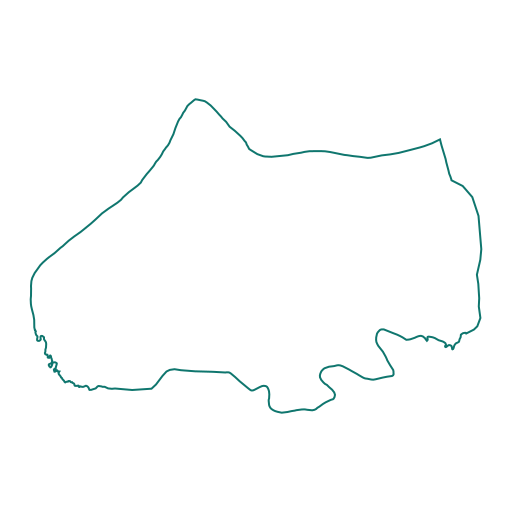 Xonbuly, Savannakhét, Laos
{"feature_id": "54806243B48815004999342", "entity_name": "Xonbuly", "entity_type": "district", "adm_level": 2, "iso_a3": "LAO", "parent_name": "Laos", "parent_adm1": "Savannakhét", "projection": "albers", "projection_center": [105.481, 16.402], "detail": "fine", "context": "isolated", "style": "outline", "palette": "teal", "viewbox_px": 512, "rotation_deg": 0, "n_neighbors": 0, "source": "geoboundaries", "source_scale": "gbopen_adm2", "svg_char_len": 5890}
<svg xmlns="http://www.w3.org/2000/svg" viewBox="0 0 512 512"><path d="M35.4,332.1L35.8,334.0L36.1,334.6L36.3,335.1L37.4,336.3L37.5,337.0L37.1,339.0L37.1,340.0L37.2,340.3L37.6,340.7L38.3,340.9L39.1,340.9L39.9,340.4L40.3,340.1L40.7,339.4L40.5,336.9L40.8,336.2L41.1,336.0L41.7,335.9L42.4,336.0L44.0,337.3L44.0,339.1L44.2,339.6L45.6,341.6L46.0,342.5L46.2,344.0L46.0,347.6L45.4,349.6L45.4,351.3L45.2,352.2L44.9,352.9L45.0,353.6L45.2,354.0L45.6,354.4L46.1,354.4L46.6,354.7L47.0,354.7L47.2,355.2L47.5,355.1L48.0,356.8L47.8,357.5L48.1,357.7L49.3,357.8L49.5,357.6L49.2,357.2L49.1,356.9L49.6,356.5L50.0,355.6L50.3,355.5L50.6,355.7L50.9,356.2L51.1,357.2L51.2,357.9L51.7,358.9L51.9,360.2L52.2,360.8L51.8,362.4L51.6,362.8L50.8,363.5L49.2,364.1L48.8,364.6L48.8,365.3L49.4,366.5L50.0,366.8L50.3,367.3L50.6,367.3L51.1,366.9L51.4,366.2L51.8,365.8L51.9,365.1L52.2,364.6L52.3,363.6L52.5,363.3L52.7,362.9L53.5,362.4L54.8,362.3L55.3,362.4L56.5,363.0L56.7,363.3L56.8,363.6L56.7,364.2L55.8,367.3L55.8,368.1L55.5,368.4L54.5,368.8L53.9,369.7L53.9,370.0L54.0,370.3L55.0,369.9L55.2,370.0L54.4,371.1L54.4,371.6L54.7,371.7L55.0,371.2L55.4,371.4L55.9,371.1L56.1,371.0L56.3,370.3L56.7,370.1L56.9,370.2L57.3,370.6L57.6,371.4L57.8,371.5L58.3,371.3L58.6,371.4L59.3,371.5L58.8,372.2L58.6,372.5L58.8,373.0L58.6,373.5L58.8,374.1L59.0,374.5L59.5,374.9L59.7,375.3L60.5,376.2L60.9,377.1L61.1,377.2L61.4,377.8L62.0,378.1L62.5,379.3L63.1,379.8L63.3,380.1L63.9,380.6L64.5,381.8L65.2,382.4L66.3,381.8L68.1,381.6L68.4,381.4L68.4,381.1L68.7,381.0L69.9,381.1L70.5,381.7L70.6,382.0L71.0,382.2L71.4,382.3L72.1,382.2L72.5,382.8L73.9,383.5L74.2,383.9L74.4,384.4L74.4,384.9L74.7,385.6L75.2,385.9L77.4,385.9L77.9,385.6L78.3,385.6L78.8,385.9L78.9,386.8L79.2,387.0L79.5,387.0L80.0,386.7L80.5,386.4L81.9,386.8L83.0,386.9L84.7,386.3L85.4,385.9L85.8,385.8L86.2,385.8L87.3,386.3L88.3,387.3L88.6,387.8L89.0,388.9L89.5,389.9L91.4,389.8L92.5,389.4L95.7,388.4L97.5,386.5L98.1,386.2L98.7,386.0L101.4,386.4L102.5,386.8L104.7,386.8L108.1,388.4L111.9,388.8L115.0,388.5L132.2,390.0L151.5,388.7L156.0,384.5L162.5,375.9L166.5,371.5L169.8,369.9L174.5,369.2L180.9,370.2L195.0,371.3L212.9,371.8L225.5,372.5L226.6,372.3L228.2,372.3L229.5,372.6L230.9,373.5L235.2,377.1L239.6,381.2L248.2,388.3L250.1,389.8L251.2,390.4L251.8,390.5L253.0,390.4L254.3,389.9L259.7,387.1L262.0,386.1L263.8,385.8L265.8,386.1L267.0,386.8L267.9,388.2L268.4,389.3L269.0,391.2L269.3,394.4L269.1,398.4L268.7,399.9L268.7,401.0L269.1,405.0L269.6,406.5L270.5,408.0L271.5,409.0L273.3,410.2L275.2,411.1L277.5,411.8L281.7,412.7L287.5,412.0L291.5,411.1L294.8,410.6L296.3,410.2L301.6,409.5L303.3,409.4L304.9,409.4L307.3,409.8L312.2,410.3L314.5,409.8L316.1,409.0L317.4,407.8L319.4,406.6L322.9,404.0L325.7,402.3L330.7,399.9L333.0,399.2L333.6,398.7L334.5,397.1L335.0,394.8L334.2,392.4L332.1,389.7L329.2,387.2L326.9,384.9L325.0,383.9L323.3,382.3L321.2,379.8L320.0,377.3L319.9,375.4L320.3,373.7L321.3,371.4L322.2,370.3L323.6,368.9L324.7,368.2L329.0,366.7L334.0,366.1L337.2,365.3L338.5,365.2L340.2,365.4L342.8,366.3L349.0,369.5L351.4,370.9L357.2,374.1L358.6,375.0L362.7,377.4L364.4,378.2L365.5,378.5L367.2,378.7L371.1,379.5L373.2,379.7L375.5,379.3L382.6,377.6L387.1,376.7L392.0,376.0L393.1,375.3L393.6,374.2L393.5,372.5L393.5,371.6L393.2,370.0L390.1,365.2L387.2,360.2L386.9,359.3L385.7,356.7L382.9,351.7L378.3,345.9L377.3,344.1L376.4,342.0L376.1,339.9L376.2,337.4L377.0,333.7L377.8,332.3L378.6,331.4L379.8,330.1L380.8,329.6L381.7,329.4L383.8,329.4L393.3,333.2L397.0,334.6L400.0,336.0L402.6,337.4L406.3,339.8L408.6,339.6L410.3,339.3L414.7,337.8L416.6,336.9L418.5,336.2L420.0,335.9L421.2,335.9L422.8,336.4L424.9,338.1L425.9,339.6L426.9,340.8L427.6,340.0L427.7,339.5L427.4,337.6L427.7,336.9L428.2,336.7L429.2,336.7L431.8,337.1L433.0,337.4L434.9,338.1L438.6,340.2L442.5,341.4L443.4,341.8L444.8,342.7L445.3,343.1L445.8,344.1L446.0,344.8L445.8,345.2L445.2,345.9L445.1,346.5L445.4,347.0L445.8,347.1L446.3,346.9L448.5,345.2L449.6,345.1L450.5,345.4L451.4,345.9L451.7,346.5L452.2,349.1L452.4,349.3L453.1,349.0L453.6,348.0L454.2,345.8L454.7,344.8L455.6,343.7L456.3,343.1L457.4,342.7L458.8,341.9L459.1,341.3L459.6,339.2L460.6,337.3L460.9,334.7L461.6,334.1L463.0,333.2L464.4,332.9L465.3,332.8L465.8,332.9L466.2,333.5L473.9,329.6L477.3,326.3L480.4,318.0L478.8,306.5L479.2,298.3L478.3,283.9L476.9,274.7L480.3,259.8L481.3,249.2L478.5,215.9L472.3,197.1L462.7,186.0L451.5,180.3L451.2,179.0L450.4,176.6L449.2,173.7L448.5,170.6L446.3,162.4L445.6,159.0L441.5,145.4L440.5,141.5L440.0,139.4L432.0,143.3L424.1,146.2L419.7,147.5L410.5,149.9L398.8,152.9L390.2,154.4L381.7,155.4L370.8,157.7L367.6,157.9L359.9,156.8L353.2,156.1L347.2,155.2L344.3,154.9L334.5,152.9L330.0,152.0L325.1,151.3L320.4,151.1L309.5,151.2L304.5,151.9L301.1,152.7L293.3,153.9L287.9,155.2L271.6,156.8L265.0,156.5L263.1,156.2L257.3,154.1L250.5,149.9L249.1,148.9L247.9,146.5L246.7,144.6L246.3,143.3L245.8,142.2L244.8,141.2L242.5,138.1L240.3,135.8L234.7,130.7L229.6,126.7L226.1,121.8L222.6,118.5L221.0,116.5L219.1,114.5L216.6,111.6L210.7,105.5L208.9,104.1L207.0,102.6L204.8,101.2L202.9,100.7L200.8,100.3L197.6,99.6L195.4,99.3L194.0,100.2L191.1,102.7L189.3,104.1L187.4,106.0L184.9,110.6L183.2,112.8L182.2,114.9L180.9,117.3L179.6,118.7L178.1,121.4L175.4,128.1L173.4,134.2L170.4,140.3L169.5,142.7L168.1,145.1L166.9,146.6L166.1,147.4L165.1,148.9L163.2,151.4L161.8,154.3L160.2,156.9L157.8,160.0L156.2,161.6L155.0,163.5L153.9,165.5L152.9,166.8L149.0,171.5L146.7,174.1L143.5,178.3L142.2,180.0L140.8,182.6L137.6,185.6L128.8,192.2L123.0,197.4L121.0,199.8L117.4,202.7L108.4,208.7L102.0,213.4L95.5,219.5L90.8,223.7L80.7,231.9L74.3,236.4L68.7,240.7L65.4,243.7L62.7,246.2L60.5,247.8L54.7,253.0L49.4,256.9L46.9,258.9L42.9,262.5L40.3,265.2L34.7,273.0L32.3,277.8L31.4,281.1L31.0,286.0L31.1,288.5L31.0,295.9L30.7,299.3L30.9,303.9L31.2,306.2L31.9,309.3L33.4,315.0L34.2,319.9L34.3,327.4L34.9,330.1L35.2,330.1L35.8,331.4L35.4,332.1Z" fill="none" stroke="#0f766e" stroke-width="2"/></svg>